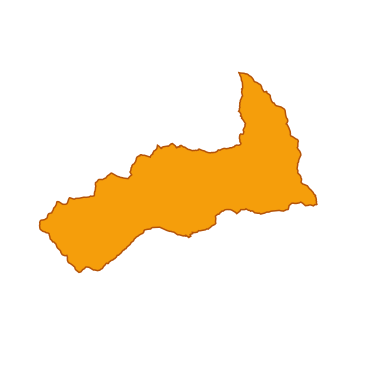 the district of Borca, Suceava, Romania, rotated 33°
{"feature_id": "2599482B12021264945319", "entity_name": "Borca", "entity_type": "district", "adm_level": 2, "iso_a3": "ROU", "parent_name": "Romania", "parent_adm1": "Suceava", "projection": "natural_earth1", "projection_center": [25.789, 47.198], "detail": "fine", "context": "isolated", "style": "filled", "palette": "amber", "viewbox_px": 384, "rotation_deg": 33, "n_neighbors": 0, "source": "geoboundaries", "source_scale": "gbopen_adm2", "svg_char_len": 6027}
<svg xmlns="http://www.w3.org/2000/svg" viewBox="0 0 384 384"><g transform="rotate(33 192 192)"><path d="M141.0,321.0L142.3,319.5L142.6,316.6L143.6,314.8L143.7,313.0L144.0,312.6L145.6,311.7L146.9,311.2L151.9,311.1L152.8,310.4L155.6,309.4L157.3,307.7L157.5,306.6L158.3,305.4L158.5,304.9L158.4,302.4L158.8,301.1L158.9,298.7L159.4,298.0L160.2,298.0L160.8,297.4L160.6,296.0L161.3,294.2L161.4,293.6L162.7,292.0L162.8,291.2L163.5,290.0L164.0,287.7L163.8,285.9L164.8,285.0L165.8,281.3L165.7,279.9L166.1,278.2L166.7,277.4L166.6,276.7L167.5,275.4L167.4,273.6L168.6,269.9L168.6,268.2L168.4,267.7L169.5,264.9L169.2,262.9L169.7,261.1L169.8,260.1L170.9,258.1L171.2,256.9L172.4,254.6L172.8,254.2L173.4,252.7L173.3,251.7L172.8,250.9L173.0,250.5L172.8,250.0L173.0,249.5L174.8,247.7L177.5,245.5L177.6,244.4L178.1,243.4L184.1,239.1L192.0,237.9L194.9,237.1L195.9,236.4L196.8,236.3L198.7,235.5L203.2,235.7L204.6,234.8L208.7,233.6L209.0,233.1L210.6,232.5L210.2,231.9L210.4,231.6L214.1,231.9L214.2,231.6L213.8,231.5L213.9,231.1L214.3,231.3L215.1,229.7L213.6,228.7L215.2,226.5L214.3,225.7L216.4,224.6L217.7,223.4L218.4,222.6L218.6,220.8L219.7,220.3L223.9,216.3L224.4,215.0L225.9,214.2L226.1,212.8L226.6,212.0L227.2,209.5L228.8,206.8L229.0,205.3L228.0,204.3L226.3,201.1L225.1,199.9L224.8,199.3L225.7,196.6L226.5,196.1L226.9,195.3L226.8,194.0L227.2,193.3L227.5,191.7L228.5,191.1L229.3,189.0L230.8,187.7L233.9,185.8L235.5,185.5L239.7,185.4L241.3,185.8L242.6,182.0L242.5,180.2L245.5,178.3L246.3,177.4L246.4,176.7L249.4,176.6L250.3,176.0L251.6,176.2L252.3,175.3L253.3,174.9L255.9,175.3L259.1,173.8L260.0,173.1L261.6,173.1L264.4,170.1L265.6,168.2L267.5,166.9L268.8,165.0L275.2,159.9L276.9,159.3L279.2,158.1L279.4,157.6L280.0,156.9L280.4,155.9L282.1,154.3L282.0,153.6L280.8,150.5L281.8,147.1L283.0,146.2L284.5,145.6L285.8,144.7L287.9,142.7L288.7,141.2L290.7,141.1L294.6,141.7L296.9,139.8L297.2,139.2L298.5,138.2L301.4,137.5L301.9,135.7L303.1,135.0L303.5,134.4L302.1,133.2L301.7,132.2L300.7,131.5L300.6,130.9L299.9,130.1L299.0,129.2L297.6,128.5L297.8,128.0L297.4,127.6L295.3,127.3L293.8,126.4L290.2,125.4L288.7,125.3L285.4,124.0L281.4,124.7L280.6,125.0L278.4,124.6L277.9,124.0L277.5,122.7L276.8,121.4L275.6,120.8L274.7,119.7L273.4,119.1L270.5,118.5L270.0,118.0L269.2,116.4L267.6,115.4L267.3,115.0L265.8,111.5L265.0,110.6L265.0,108.8L264.2,107.4L263.8,105.8L263.2,101.7L261.9,100.3L260.1,99.1L258.0,98.5L256.1,97.5L256.0,96.3L254.0,93.1L253.5,91.5L252.5,90.8L251.7,90.6L250.2,90.9L246.1,90.8L244.6,91.2L243.3,90.5L242.8,89.5L241.3,87.7L237.9,85.2L235.2,83.7L233.9,83.6L234.0,82.0L233.7,80.3L232.4,78.9L231.3,78.6L230.3,78.0L228.6,76.4L225.7,73.0L224.9,72.5L224.2,72.2L220.4,72.2L215.6,73.8L214.1,73.6L212.5,72.7L211.0,73.1L209.1,72.3L206.2,70.0L205.3,68.7L204.0,68.1L201.6,68.2L200.2,67.8L200.1,67.2L199.6,67.1L198.6,68.4L197.7,68.8L194.8,67.4L194.0,66.9L193.0,65.8L191.4,64.9L190.1,64.7L189.4,64.9L186.9,64.8L184.6,65.4L183.5,65.2L182.0,64.2L180.2,63.5L178.4,63.1L176.6,63.3L175.2,63.0L173.7,63.1L172.7,63.7L171.0,64.1L167.9,65.8L166.3,66.4L166.5,66.6L167.3,66.8L168.8,68.1L170.7,69.1L172.6,71.4L174.2,72.3L174.8,73.0L177.5,76.6L178.0,77.8L177.6,78.2L177.6,78.6L178.2,78.6L179.2,81.2L182.1,83.9L182.0,85.3L182.4,86.6L182.6,88.8L183.3,89.8L183.5,91.2L184.6,92.7L185.1,94.1L186.1,94.9L186.3,96.3L187.2,97.6L187.1,98.9L188.6,99.0L190.6,100.0L191.3,100.9L191.2,101.8L192.9,102.0L193.3,102.5L193.5,103.2L194.2,103.2L196.3,104.0L199.7,105.6L199.8,107.0L200.5,107.5L200.7,108.0L201.0,111.5L201.2,112.2L201.8,112.8L202.6,113.1L203.3,115.1L203.2,115.9L201.2,116.9L201.3,117.4L201.0,118.0L201.8,119.9L202.7,121.4L203.5,121.9L204.9,123.8L206.1,124.2L206.8,124.9L206.5,126.5L205.6,127.5L203.9,128.3L203.1,129.5L202.9,129.6L202.9,130.9L202.1,131.7L201.2,133.3L199.8,134.2L199.1,135.3L197.1,137.1L195.7,137.6L194.8,138.3L193.5,140.1L192.7,141.7L191.5,142.1L191.0,142.7L191.0,144.0L189.8,146.2L188.6,147.0L188.1,147.7L187.2,147.9L186.2,149.1L184.2,150.1L181.9,150.7L180.1,150.8L177.8,151.6L174.7,152.1L174.2,152.6L174.5,153.2L173.2,154.7L172.3,155.0L171.6,155.8L170.3,156.6L169.7,157.2L166.8,157.8L165.5,158.4L161.4,158.3L160.5,158.9L157.6,158.8L156.8,159.5L156.6,160.2L157.1,160.6L156.7,160.9L156.9,161.0L155.6,162.3L155.4,162.1L155.1,162.3L154.9,162.6L155.2,163.1L154.9,163.4L152.9,162.4L149.2,162.0L148.6,162.9L148.3,162.9L147.4,166.2L147.0,166.8L146.6,166.7L143.2,169.8L142.4,171.1L142.4,171.4L142.8,171.9L142.4,172.3L139.4,171.6L137.6,171.6L138.9,174.8L138.5,177.0L137.7,178.4L138.0,180.3L137.9,181.0L138.4,181.5L137.7,183.4L137.7,184.9L138.0,185.5L132.1,187.1L130.5,188.2L129.6,188.2L128.7,188.8L128.4,189.0L128.6,189.9L127.8,190.7L126.9,192.5L127.0,194.1L127.6,195.1L127.6,195.5L128.1,197.1L128.1,199.9L127.4,201.2L127.3,202.6L127.9,203.8L127.8,204.8L129.0,207.4L129.1,209.0L132.1,210.5L131.4,212.8L131.1,215.6L126.8,217.7L126.1,217.8L123.5,218.9L122.7,218.9L120.9,219.5L114.4,219.9L113.9,220.2L113.5,221.2L113.5,221.8L112.3,224.5L112.1,227.3L111.3,228.2L110.3,230.2L107.2,232.1L106.8,232.9L106.7,235.1L106.0,236.7L106.9,238.4L108.1,239.4L108.7,241.0L109.4,242.1L110.3,244.3L110.2,244.7L110.8,246.2L111.9,247.9L111.9,248.6L110.5,250.1L109.2,250.6L108.4,252.2L106.3,254.0L104.1,255.3L100.7,258.8L98.0,260.6L97.3,262.0L96.8,262.3L92.6,263.4L92.4,263.7L92.5,265.3L93.3,268.1L93.5,269.7L93.2,270.5L92.4,271.4L90.3,272.7L85.8,272.7L84.7,273.1L84.1,273.7L84.1,274.2L85.0,276.3L85.2,278.8L84.8,280.9L85.5,283.1L85.4,284.5L85.7,285.7L85.6,286.0L83.9,287.9L83.6,288.5L83.7,290.2L84.5,292.2L84.5,293.1L83.5,295.3L82.5,296.4L80.8,297.8L80.5,298.7L80.8,300.4L82.0,301.8L82.2,302.8L83.7,304.7L84.7,305.7L85.3,306.0L88.3,306.2L90.7,305.5L91.8,305.6L93.5,304.8L94.9,304.8L95.7,305.8L96.9,306.7L98.7,308.6L100.5,308.9L102.4,309.7L102.7,309.4L103.5,309.2L106.3,309.8L108.5,311.6L109.7,312.2L113.2,312.8L114.2,313.3L115.0,314.1L117.0,315.1L117.5,315.2L119.6,314.8L120.5,314.4L121.6,313.3L123.3,314.8L123.7,315.7L124.9,317.3L126.4,318.3L127.0,318.5L129.0,318.3L131.5,318.4L134.7,318.9L135.8,320.1L137.1,320.6L141.0,321.0Z" fill="#f59e0b" stroke="#b45309" stroke-width="1.5"/></g></svg>